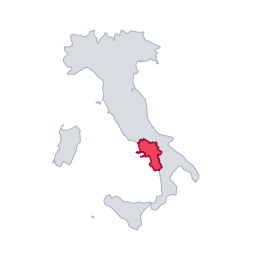 location of Campania, Salerno, Italy, rotated 13°
{"feature_id": "23120603B14973764900567", "entity_name": "Campania", "entity_type": "district", "adm_level": 2, "iso_a3": "ITA", "parent_name": "Italy", "parent_adm1": "Salerno", "projection": "orthographic", "projection_center": [14.61, 40.749], "detail": "fine", "context": "in_parent", "style": "filled", "palette": "rose", "viewbox_px": 256, "rotation_deg": 13, "n_neighbors": 0, "source": "geoboundaries", "source_scale": "gbopen_adm2", "svg_char_len": 8474}
<svg xmlns="http://www.w3.org/2000/svg" viewBox="0 0 256 256"><g transform="rotate(13 128 128)"><path d="M54.5,48.5L55.8,49.5L61.2,48.1L64.3,49.4L67.1,47.9L69.1,45.3L68.9,43.3L73.3,40.3L73.5,44.1L75.6,46.7L77.9,47.5L77.2,49.0L79.3,52.2L80.2,52.0L80.5,51.4L80.2,48.8L83.7,44.0L84.1,40.5L84.7,40.2L86.2,40.5L87.3,43.8L92.6,43.1L94.3,45.7L95.2,45.2L94.0,40.9L94.8,38.8L96.2,38.5L97.1,39.5L99.1,39.9L99.3,38.7L98.8,37.8L99.7,34.1L102.7,34.6L104.4,36.0L106.5,36.0L108.5,33.2L109.9,32.5L116.7,32.5L121.7,30.9L122.1,31.3L121.2,32.7L121.5,33.6L124.3,38.0L141.1,41.7L140.8,42.8L137.2,45.4L136.9,46.4L137.4,47.4L140.1,48.1L138.2,50.6L138.2,51.6L139.7,51.7L139.4,54.8L141.2,55.8L143.2,58.5L141.1,59.0L142.0,58.3L140.0,55.6L137.8,56.7L134.5,55.5L132.1,58.0L124.2,61.0L125.6,59.6L125.1,59.5L122.2,61.3L121.4,65.1L123.5,68.9L125.2,70.3L124.4,72.6L123.3,73.4L121.9,72.8L121.4,74.8L122.0,80.3L123.1,84.1L127.0,88.5L129.9,89.9L138.6,96.6L141.8,103.9L144.5,113.1L146.9,116.5L151.8,121.4L156.3,125.0L160.5,127.2L171.6,127.0L174.4,127.7L174.7,129.3L174.2,130.3L171.0,132.9L170.8,135.0L172.4,136.4L180.0,140.0L187.9,143.0L193.2,147.0L200.1,150.2L205.6,155.3L207.6,158.0L208.1,160.2L206.9,164.0L206.3,165.5L202.4,163.5L199.1,157.2L192.4,156.4L190.4,155.3L189.2,153.4L187.1,153.3L185.7,154.4L182.2,160.4L180.3,165.7L180.2,167.8L181.3,169.8L184.6,170.8L188.9,174.4L189.2,178.9L190.0,181.5L188.9,183.0L186.8,182.7L183.9,183.7L182.0,185.4L181.2,187.0L181.1,192.7L177.3,195.8L174.1,201.6L169.2,201.7L168.0,199.9L167.9,197.3L168.8,195.7L170.5,194.9L171.7,191.5L171.3,189.1L172.0,188.0L175.9,186.3L176.0,182.9L174.5,181.4L173.2,175.2L168.3,163.4L166.7,162.3L162.5,162.0L157.6,158.9L157.3,157.6L158.1,156.3L157.6,154.6L156.0,151.6L155.0,150.9L148.9,152.2L150.7,149.7L148.5,148.2L144.8,148.1L144.8,147.1L142.2,142.2L140.5,140.2L133.6,139.1L131.4,139.9L128.1,136.8L125.1,135.6L117.6,126.6L113.9,123.8L111.7,119.9L107.1,117.2L104.9,117.8L104.4,117.2L105.6,116.5L105.4,115.1L102.4,111.1L100.6,109.8L99.5,107.3L96.9,106.6L97.1,102.2L96.3,99.1L94.7,96.3L94.0,90.0L93.4,88.2L91.6,86.7L87.4,85.0L81.8,80.6L75.0,78.2L72.0,79.4L64.0,87.6L57.0,89.1L57.0,87.3L60.0,83.5L59.6,81.9L55.3,82.0L50.1,77.9L49.6,74.6L51.5,71.6L52.5,71.0L52.2,68.9L49.0,66.8L47.9,64.0L47.9,63.1L48.8,62.7L50.7,63.0L54.0,61.3L55.1,58.8L51.2,51.7L51.5,50.4L54.5,48.5ZM124.2,90.2L124.5,88.5L123.0,89.5L123.4,90.3L124.2,90.2ZM167.8,195.6L162.0,204.7L160.0,210.7L160.3,213.1L162.0,214.7L161.2,215.4L163.0,218.3L163.0,219.0L160.3,222.3L160.3,225.1L155.3,224.7L151.1,223.1L149.1,219.8L147.5,218.4L145.8,217.4L142.3,217.4L140.7,216.7L131.4,210.2L127.8,208.4L123.6,207.9L122.0,206.5L120.7,203.6L122.4,199.3L125.2,197.0L127.7,199.8L129.8,198.9L130.0,198.0L131.5,196.9L133.4,197.0L140.7,201.0L144.5,199.9L148.0,200.4L151.2,199.8L155.4,197.6L160.2,197.8L165.8,195.2L167.8,195.6ZM82.6,144.9L84.6,152.1L82.1,156.3L82.7,161.1L79.8,176.8L78.6,177.2L72.6,175.0L71.9,178.6L70.9,180.1L69.7,180.9L66.3,180.4L63.3,175.0L63.4,169.9L64.2,168.4L64.5,165.4L65.8,165.3L66.0,163.3L65.3,162.2L64.1,161.8L64.3,159.5L65.3,157.8L65.5,154.8L64.1,150.8L62.0,147.8L62.8,143.0L64.7,144.4L67.6,144.5L71.3,142.9L77.3,137.5L78.0,138.6L80.4,139.7L82.5,142.3L81.5,143.9L82.6,144.9ZM95.1,108.6L95.6,109.8L95.3,111.3L94.2,110.4L91.4,110.6L91.1,109.8L94.6,109.2L95.1,108.6ZM64.0,177.6L63.1,179.4L62.3,176.9L62.5,176.6L64.0,177.6ZM64.8,139.6L63.3,141.5L62.7,141.4L64.5,139.2L64.8,139.6ZM114.5,223.3L112.9,222.8L112.8,221.9L114.1,222.1L114.5,223.3ZM143.6,149.5L142.3,150.1L142.3,149.1L143.6,149.5Z" fill="#d9dde1" stroke="#a8b0b8" stroke-width="1"/><path d="M140.9,140.5L141.9,141.6L142.7,142.9L143.1,144.2L143.9,145.1L144.5,146.2L144.8,147.4L144.8,148.1L144.7,148.4L144.8,148.5L144.7,148.5L145.2,148.6L145.4,148.8L145.4,148.6L145.2,148.6L145.4,148.6L145.3,148.4L145.3,148.2L145.2,148.0L145.4,147.8L145.6,147.8L145.8,147.9L145.7,148.0L146.4,148.1L146.5,148.2L146.4,148.2L146.5,148.2L146.5,148.3L146.4,148.4L146.4,148.5L146.6,148.4L146.8,148.5L147.1,148.4L147.1,148.1L147.3,147.8L147.6,147.8L147.8,147.7L148.0,147.8L147.7,147.7L147.8,147.7L148.0,147.6L148.3,147.8L148.7,148.0L149.2,148.6L149.7,149.2L150.0,149.3L150.3,149.2L150.5,149.4L150.4,149.4L150.5,149.2L150.7,149.5L150.9,150.1L150.9,150.3L150.5,150.5L150.3,150.6L150.2,150.9L149.8,151.1L149.8,151.4L149.4,151.6L149.1,151.5L148.9,151.6L149.0,151.8L148.8,152.0L148.8,152.3L148.7,152.4L148.8,152.4L148.7,152.5L148.9,152.6L149.0,152.6L148.9,152.7L149.0,152.7L149.9,152.2L150.1,151.9L150.5,151.8L151.0,151.6L151.3,151.7L151.6,152.0L151.8,151.9L152.2,151.8L152.4,151.7L152.7,151.5L153.0,151.2L153.5,151.4L153.7,151.5L153.9,151.5L154.3,150.9L154.5,150.8L154.7,150.7L154.7,150.8L154.7,150.7L154.8,150.8L154.7,150.9L154.8,150.8L154.8,150.7L155.6,151.2L156.3,152.0L156.8,152.8L157.4,154.2L158.0,155.3L158.3,156.1L158.3,156.7L158.0,156.8L158.1,156.7L157.9,157.0L157.5,157.1L157.4,157.4L157.6,157.6L157.5,158.1L157.4,158.3L157.0,158.6L157.0,158.8L157.4,159.1L157.6,159.0L157.9,159.2L158.2,159.2L158.6,159.6L158.7,160.0L158.9,160.1L159.1,160.1L159.3,160.3L159.5,160.1L159.9,160.0L160.2,160.1L160.9,161.0L161.3,161.0L161.5,161.4L162.2,161.9L162.4,162.3L162.4,162.6L162.3,162.8L162.2,162.7L162.2,162.9L162.5,162.9L162.8,162.7L163.4,163.3L164.3,163.3L164.2,163.4L164.3,163.5L164.9,162.7L165.3,162.6L165.5,162.1L165.9,161.9L166.5,161.8L167.2,162.0L167.3,161.9L167.4,162.0L167.4,162.3L167.5,162.4L168.0,162.2L167.9,161.9L167.7,161.8L168.0,161.7L168.4,161.0L168.5,160.6L168.3,160.3L168.6,160.1L168.5,159.9L168.7,159.5L169.0,159.5L169.3,159.2L169.6,159.2L169.5,158.8L169.6,158.7L169.8,158.5L169.7,158.2L169.8,158.1L169.6,157.8L169.3,157.8L169.2,157.7L168.9,157.6L168.7,157.3L168.7,157.2L168.3,156.9L168.3,156.5L168.4,156.2L167.9,155.8L167.7,155.9L167.5,155.5L166.6,155.0L166.7,154.9L166.5,154.7L165.9,154.1L165.9,153.9L166.1,153.8L165.9,153.5L166.0,153.3L165.9,153.3L165.9,153.0L165.8,152.9L165.9,152.7L165.7,152.6L165.5,152.3L165.3,152.3L165.2,152.2L164.9,152.0L164.7,151.9L164.9,151.6L164.9,151.3L165.2,151.2L165.4,151.0L165.4,150.9L165.2,150.7L164.9,150.7L164.7,150.4L164.4,150.4L164.1,150.0L163.7,149.8L163.6,149.3L163.7,149.0L163.8,149.0L163.7,148.7L163.8,148.4L163.5,148.4L163.7,148.1L163.3,147.9L163.0,147.7L163.4,147.6L163.6,147.7L163.5,147.2L163.3,147.0L163.3,146.8L163.6,146.8L163.8,146.9L164.0,146.8L164.3,146.9L164.8,147.1L165.0,147.0L164.9,146.7L165.7,146.3L165.9,145.8L165.9,145.7L166.3,145.2L166.3,144.6L166.1,144.3L166.2,144.0L166.0,143.9L166.0,143.6L165.9,143.6L165.1,143.3L165.0,143.1L164.5,143.2L164.2,142.8L163.9,142.6L163.4,143.0L163.2,142.9L162.7,142.7L162.4,142.9L161.9,142.6L162.0,142.5L161.8,142.4L161.6,142.0L161.2,141.9L161.2,141.5L161.4,141.4L161.9,140.9L161.7,140.4L161.7,140.2L162.2,140.1L161.7,139.6L161.3,139.7L161.0,139.4L160.3,139.4L160.2,139.3L160.2,139.2L160.1,138.7L159.2,138.4L159.1,137.7L159.3,137.4L159.6,137.4L159.4,137.0L159.5,136.8L159.6,136.6L159.3,136.6L158.9,136.4L158.8,136.1L158.7,136.2L158.6,135.7L158.3,135.6L158.0,135.7L158.0,135.9L157.7,136.0L156.6,136.4L156.4,136.7L156.2,136.7L155.2,136.2L155.1,136.3L154.9,136.9L154.8,137.0L154.3,137.2L154.0,137.0L153.5,137.1L153.5,137.3L153.4,137.2L153.2,137.3L152.8,137.8L152.7,137.9L152.4,137.7L152.2,137.3L152.0,137.6L151.6,137.5L151.3,137.5L151.1,137.4L150.9,136.8L150.7,136.8L150.6,136.7L150.2,136.6L150.0,136.4L149.8,136.5L149.0,136.2L148.8,136.2L148.2,135.8L148.3,135.8L148.1,135.6L147.7,135.6L147.6,135.4L147.1,135.3L146.9,135.4L146.7,135.3L146.5,135.7L146.4,135.6L145.9,135.2L145.9,135.4L145.8,135.5L145.4,136.0L145.3,136.3L145.7,136.8L145.7,137.1L145.8,137.4L145.7,137.3L145.4,137.2L144.8,137.3L144.6,137.1L144.6,136.9L144.2,136.6L144.3,136.4L144.3,136.2L143.9,136.0L143.7,136.0L143.2,136.4L143.0,136.5L142.9,136.7L142.5,136.7L142.3,136.8L142.4,137.1L142.7,137.1L142.6,137.4L142.5,137.5L142.4,137.8L142.5,137.9L142.4,138.0L142.5,138.2L142.4,138.4L142.7,138.8L142.7,139.1L142.4,139.1L142.3,139.3L142.2,139.2L141.9,139.4L141.8,139.5L142.0,139.7L141.8,139.7L141.9,139.9L141.7,139.9L141.6,140.1L141.2,140.1L140.9,140.5ZM142.3,149.1L142.2,149.2L142.3,149.3L142.2,149.5L142.2,149.9L142.0,150.0L142.3,150.2L142.5,150.2L142.6,150.4L142.6,150.2L143.0,150.3L143.3,150.1L143.5,150.2L143.6,149.7L143.3,149.4L142.8,149.3L142.9,149.2L142.8,149.3L142.3,149.1ZM147.8,152.9L147.5,153.0L146.9,152.9L146.9,153.3L147.3,153.3L147.6,153.1L147.9,152.9L147.8,152.9ZM144.4,148.9L144.2,149.1L144.3,149.1L144.2,149.4L144.1,149.5L144.1,149.4L144.3,149.5L144.3,149.3L144.5,149.3L144.4,149.2L144.5,149.1L144.4,148.9Z" fill="#f43f5e" stroke="#9f1239" stroke-width="1.5"/></g></svg>